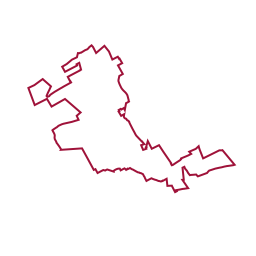 Teya, Yucatán, Mexico, rotated 326°
{"feature_id": "50627088B95040904280046", "entity_name": "Teya", "entity_type": "district", "adm_level": 2, "iso_a3": "MEX", "parent_name": "Mexico", "parent_adm1": "Yucatán", "projection": "robinson", "projection_center": [-89.064, 21.057], "detail": "fine", "context": "isolated", "style": "outline", "palette": "rose", "viewbox_px": 256, "rotation_deg": 326, "n_neighbors": 0, "source": "geoboundaries", "source_scale": "gbopen_adm2", "svg_char_len": 3597}
<svg xmlns="http://www.w3.org/2000/svg" viewBox="0 0 256 256"><g transform="rotate(326 128 128)"><path d="M195.8,218.1L193.9,199.2L193.5,199.1L191.2,197.6L173.3,195.2L175.2,186.5L175.8,184.3L176.4,182.6L172.5,183.2L165.5,181.9L165.9,184.8L162.4,184.4L155.0,182.9L154.9,182.9L154.7,183.5L153.2,183.8L148.6,183.7L144.6,183.7L143.5,183.4L143.5,182.7L143.7,181.4L144.1,181.3L144.0,167.7L144.1,159.6L136.1,158.5L137.1,149.9L132.5,153.8L132.6,154.1L131.9,154.1L131.6,155.5L128.3,154.6L129.3,149.6L132.5,150.5L132.4,149.8L132.1,146.9L131.9,146.9L130.6,139.1L130.6,138.9L130.6,137.7L130.9,135.2L131.3,131.0L132.0,125.4L132.3,123.6L132.5,123.4L132.3,122.1L131.7,121.3L131.6,120.6L131.7,120.0L131.6,119.2L131.1,118.7L130.7,117.6L130.8,117.0L130.8,116.7L131.0,116.1L132.2,114.8L132.3,114.7L132.6,114.4L129.1,114.1L129.4,109.1L130.3,109.2L130.4,107.9L132.7,108.1L132.9,109.0L135.6,109.1L135.4,111.3L140.3,106.3L141.5,106.5L143.6,106.6L143.7,105.8L144.1,105.4L145.7,100.8L145.7,100.7L145.8,100.4L145.9,98.6L145.7,96.9L145.1,94.1L144.9,92.3L144.9,90.8L145.1,89.5L145.4,87.5L145.7,86.0L146.3,83.8L146.9,82.9L149.9,80.0L150.7,80.1L152.2,80.2L153.9,80.3L154.7,70.5L159.4,71.0L159.8,65.8L159.3,65.8L159.4,63.2L153.3,62.5L155.0,53.9L154.4,46.7L143.5,48.0L144.3,41.3L144.0,39.1L141.2,39.3L139.5,39.8L138.3,40.0L135.9,39.5L131.1,39.3L130.6,38.9L129.5,38.8L128.4,37.9L125.2,40.8L119.8,40.0L112.9,40.7L107.7,40.4L107.2,46.2L119.6,47.6L120.8,47.7L121.0,46.4L124.0,46.7L121.7,53.4L120.4,53.2L120.3,53.4L116.8,53.0L106.7,51.9L106.1,56.8L106.4,56.8L106.3,58.4L97.2,57.6L96.5,57.6L94.1,57.4L89.1,57.1L87.6,57.0L85.2,57.0L82.9,57.0L81.8,57.1L80.6,57.5L80.2,57.5L78.5,57.0L78.4,55.9L81.0,54.2L82.0,53.6L84.1,52.4L86.2,51.1L87.4,50.4L86.4,46.5L85.6,43.5L84.6,39.7L74.4,40.1L67.8,39.1L63.5,56.8L77.1,58.5L76.6,67.5L92.0,68.7L97.4,88.6L92.3,89.2L91.6,93.6L84.8,91.5L76.9,88.4L75.2,87.9L71.6,87.3L69.3,87.6L68.7,87.5L67.7,87.5L67.1,87.5L66.5,87.5L65.0,87.5L64.1,87.6L63.9,89.0L63.8,90.4L63.6,91.8L63.4,92.5L63.1,93.2L62.4,94.1L61.8,94.8L61.5,95.4L61.2,96.0L61.1,96.4L61.0,97.0L61.0,97.7L60.9,98.6L60.8,99.4L60.6,99.9L60.5,100.3L60.5,100.7L60.6,101.1L60.6,101.7L60.7,104.8L60.6,108.5L60.4,108.5L60.2,108.6L78.5,119.2L77.4,131.2L76.2,143.6L78.0,143.9L77.6,148.3L83.0,148.9L84.0,149.0L85.3,150.5L86.8,150.6L87.6,150.8L91.8,156.2L92.3,155.5L92.9,155.5L93.4,155.5L93.8,155.5L94.6,155.6L95.4,155.7L96.5,156.0L97.1,156.2L97.6,156.5L98.1,156.8L98.5,157.1L98.3,158.5L98.2,159.0L99.6,159.2L100.2,159.2L100.9,159.3L101.6,159.4L102.5,159.5L102.8,160.4L103.0,161.6L103.5,161.5L104.6,161.5L104.5,161.9L105.5,162.1L107.3,162.3L107.8,163.5L108.0,164.1L108.7,165.0L110.1,167.8L110.7,169.0L111.5,170.4L112.4,171.2L112.8,172.1L113.0,172.2L113.5,172.7L114.6,174.7L114.3,176.8L114.4,177.5L114.2,178.3L114.1,178.9L113.9,180.4L113.7,182.2L115.9,182.4L119.3,182.8L119.8,183.6L120.2,184.3L120.3,184.4L121.4,185.9L122.3,186.9L123.6,188.9L123.9,189.2L124.5,189.7L125.4,190.8L127.2,191.0L127.2,191.3L129.5,191.5L131.6,191.7L128.3,198.0L132.1,200.3L131.9,201.4L131.7,203.3L131.5,204.7L131.2,207.5L133.0,207.7L132.8,206.3L133.5,206.6L135.9,207.7L137.1,208.2L137.6,208.4L139.1,209.0L140.4,209.7L140.8,209.9L141.5,210.2L142.5,210.7L143.1,211.0L143.6,211.2L144.2,211.5L144.1,201.4L145.3,202.1L151.0,191.4L153.0,191.7L152.9,192.1L152.6,193.6L152.9,196.1L152.9,196.6L152.8,197.8L152.7,198.9L152.9,201.7L153.9,202.1L158.5,204.7L158.8,207.1L159.0,207.2L168.4,209.5L170.3,208.9L171.5,208.7L173.5,209.3L177.7,210.5L181.5,212.0L183.8,213.0L186.4,213.9L187.8,214.5L188.8,214.9L189.3,215.2L194.5,217.7L195.8,218.1Z" fill="none" stroke="#9f1239" stroke-width="2"/></g></svg>